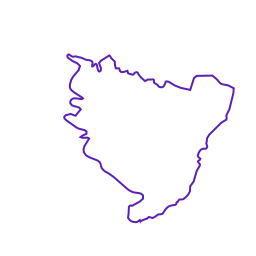 SVG path tracing the border of Sylhet, rotated 115°
{"feature_id": "BGD-2488", "entity_name": "Sylhet", "entity_type": "Division", "adm_level": 1, "iso_a3": "BGD", "parent_name": "Bangladesh", "parent_adm1": "", "projection": "equal_earth", "projection_center": [91.663, 24.595], "detail": "fine", "context": "isolated", "style": "outline", "palette": "violet", "viewbox_px": 256, "rotation_deg": 115, "n_neighbors": 0, "source": "natural_earth", "source_scale": "10m", "svg_char_len": 3161}
<svg xmlns="http://www.w3.org/2000/svg" viewBox="0 0 256 256"><g transform="rotate(115 128 128)"><path d="M175.0,135.3L173.8,136.5L172.2,137.7L170.9,139.2L170.3,141.9L170.9,150.5L170.5,154.5L168.5,157.9L165.8,159.4L162.7,159.8L154.0,158.8L153.8,160.5L156.2,165.3L156.3,167.2L154.3,166.2L152.0,164.2L151.0,163.2L148.7,164.1L148.3,166.6L149.4,172.2L149.3,175.0L147.1,187.0L146.3,189.5L145.0,190.5L142.8,189.9L139.6,186.0L139.4,184.7L139.2,181.5L138.9,180.6L137.8,180.5L131.1,178.7L130.1,180.6L130.4,183.3L131.0,186.2L131.1,188.6L129.9,190.8L128.0,191.6L126.0,191.3L124.1,189.8L123.1,187.6L121.3,181.9L120.2,181.4L119.7,183.1L118.5,192.0L117.7,195.0L116.7,197.0L115.2,198.2L112.7,199.1L108.4,199.8L104.5,199.4L96.5,197.2L92.1,197.7L90.8,201.3L90.7,206.7L89.6,212.5L88.3,213.5L87.2,213.3L86.4,212.9L86.4,212.0L86.8,209.6L86.8,208.5L86.8,208.3L86.3,207.3L85.3,206.0L84.8,203.7L84.7,202.7L84.3,201.2L84.1,200.2L83.9,197.6L84.0,195.9L83.8,194.7L83.5,193.5L82.8,191.3L82.7,190.0L82.8,189.0L83.1,188.4L83.6,187.9L83.9,187.7L84.3,187.5L86.6,186.9L87.0,186.7L87.3,186.5L87.1,186.1L86.6,185.7L84.1,184.8L83.5,184.4L83.5,183.7L83.7,183.2L84.1,182.8L87.0,180.7L88.5,179.2L88.9,178.7L89.0,178.2L88.9,177.8L88.3,177.2L87.5,177.1L86.3,177.3L85.5,177.7L84.9,178.1L81.4,181.7L78.7,181.1L70.1,175.6L70.9,173.9L71.7,173.0L73.3,168.2L76.8,166.2L79.1,164.2L77.7,161.4L78.9,159.9L79.6,159.6L80.1,158.3L79.9,157.2L79.4,156.2L78.7,155.2L76.4,152.7L78.2,151.2L78.3,149.5L78.1,148.7L77.7,146.1L76.5,145.4L75.3,145.3L74.5,144.8L73.7,143.6L73.7,143.0L73.8,142.5L74.1,142.2L74.8,141.3L75.7,139.7L76.9,137.1L78.3,132.4L76.5,131.1L75.9,130.6L75.2,129.7L74.7,128.2L73.4,126.1L73.3,125.1L73.9,124.6L75.0,124.2L75.8,123.6L76.1,122.8L76.2,121.9L76.2,121.1L76.3,120.2L76.6,119.3L77.0,118.6L77.4,117.8L77.5,116.7L77.0,115.0L76.4,114.0L75.3,113.3L72.1,113.1L71.3,113.2L70.7,113.4L70.2,113.4L69.6,113.1L68.9,110.6L69.7,103.2L69.3,97.0L68.6,94.0L67.2,87.7L54.8,89.3L51.7,87.7L44.9,73.8L46.1,68.8L47.0,66.4L48.1,64.3L48.5,62.9L48.5,61.1L47.0,54.9L47.3,48.9L48.2,48.7L51.5,47.3L68.4,44.0L74.2,44.2L75.5,44.0L77.8,42.5L78.9,42.5L83.9,45.7L99.5,51.5L103.6,52.0L104.6,51.8L106.7,51.0L107.8,50.8L109.1,50.4L110.8,48.7L111.7,48.2L113.6,48.4L114.3,49.5L115.0,51.1L116.7,52.7L118.5,53.3L121.2,53.4L123.6,53.0L124.7,51.7L125.3,49.4L126.5,49.4L127.8,50.2L128.7,50.5L129.5,49.8L130.1,48.1L130.8,47.3L132.4,47.0L137.5,47.6L148.7,45.9L154.5,47.0L156.5,46.2L159.3,45.1L162.7,45.3L166.0,46.3L168.9,47.7L169.7,48.5L170.7,50.5L171.3,51.3L172.1,51.6L173.7,51.7L174.4,52.3L175.0,52.6L176.4,52.1L177.2,52.3L177.9,53.0L179.5,55.5L181.0,57.1L182.2,58.2L183.7,58.9L185.5,59.5L191.0,60.4L191.9,61.2L193.6,64.1L196.5,65.7L199.2,67.6L199.6,70.2L199.8,71.5L200.6,71.8L202.4,72.6L202.5,73.1L205.8,76.1L206.8,76.7L206.8,76.8L207.2,77.4L207.3,77.4L206.4,78.4L209.0,79.8L210.0,81.0L210.8,83.2L211.1,85.7L210.8,87.2L209.4,90.0L205.6,91.2L199.2,93.8L198.1,93.7L197.4,93.2L196.9,92.5L196.8,91.5L196.8,91.4L189.7,86.2L185.6,84.5L182.6,86.1L182.0,88.5L182.5,91.0L183.9,95.5L184.1,97.8L184.0,100.0L183.7,102.2L178.4,120.5L177.4,126.0L177.0,130.8L176.4,132.9L175.3,135.0L175.0,135.3Z" fill="none" stroke="#5b21b6" stroke-width="2"/></g></svg>